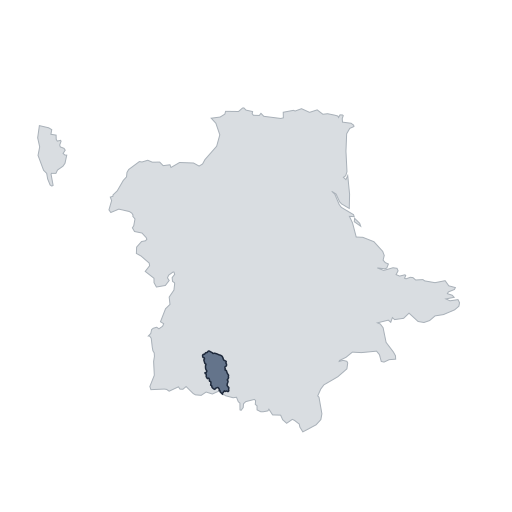 location of Meuse within France, rotated 165°
{"feature_id": "FRA-5326", "entity_name": "Meuse", "entity_type": "Metropolitan department", "adm_level": 1, "iso_a3": "FRA", "parent_name": "France", "parent_adm1": "", "projection": "orthographic", "projection_center": [5.366, 49.01], "detail": "fine", "context": "in_parent", "style": "filled", "palette": "slate", "viewbox_px": 512, "rotation_deg": 165, "n_neighbors": 0, "source": "natural_earth", "source_scale": "10m", "svg_char_len": 6421}
<svg xmlns="http://www.w3.org/2000/svg" viewBox="0 0 512 512"><g transform="rotate(165 256 256)"><path d="M380.7,206.6L377.7,208.4L375.9,211.9L374.0,212.8L370.4,212.9L368.6,210.8L364.4,212.3L362.7,214.5L365.3,217.2L357.0,228.5L351.6,231.5L350.5,238.8L344.1,244.3L341.8,250.1L341.6,251.2L343.2,253.1L342.6,256.8L339.3,259.3L339.4,261.7L340.3,262.0L345.3,260.1L347.2,257.8L346.2,254.8L351.2,251.0L360.2,251.8L361.4,256.7L360.3,260.9L367.0,269.8L361.3,274.1L361.0,276.8L367.1,285.8L370.9,289.4L369.0,295.5L362.8,299.6L358.8,299.3L357.1,300.4L357.3,302.2L360.2,307.7L367.0,311.1L368.1,315.2L366.3,316.8L363.3,323.1L364.7,326.2L364.2,327.5L364.9,329.6L366.8,331.7L376.4,336.8L385.0,335.6L386.1,338.6L381.1,346.9L381.5,350.6L378.8,350.7L378.3,352.0L373.1,354.9L364.6,363.4L360.6,365.9L359.0,370.1L356.6,372.5L344.2,377.4L341.8,376.3L335.8,376.5L331.9,373.5L324.7,371.6L322.3,367.3L315.5,366.4L315.2,363.5L305.6,366.1L292.3,362.0L287.7,357.6L283.8,358.7L280.3,362.4L265.6,372.2L259.6,382.4L260.4,394.6L263.6,400.7L254.7,399.5L249.4,401.1L247.9,403.6L235.5,400.1L230.7,402.4L229.4,402.2L227.9,399.5L221.9,396.4L222.9,394.4L222.1,392.6L216.4,390.9L214.3,392.5L212.3,388.9L196.4,382.4L193.8,382.4L192.5,387.8L182.1,387.0L180.7,385.9L173.9,386.5L167.1,380.9L159.1,381.3L154.7,375.6L150.0,374.9L143.6,371.7L140.7,370.0L140.4,368.4L138.3,370.6L135.9,369.8L135.4,369.0L137.2,366.3L137.8,362.9L129.8,359.6L127.8,357.0L127.9,355.7L132.4,355.0L136.8,350.6L142.0,333.9L146.3,313.9L148.6,310.3L151.2,309.4L149.4,306.5L146.6,309.9L149.6,291.5L153.6,277.8L159.8,284.1L161.2,286.7L162.6,295.1L166.1,298.9L163.9,295.4L162.3,284.1L161.0,280.9L151.1,270.7L151.0,268.6L155.5,270.1L154.2,263.0L154.3,248.4L148.0,246.4L138.4,239.3L132.4,227.6L132.0,223.3L134.3,219.1L132.9,216.2L130.2,214.0L132.8,210.5L134.9,210.3L141.9,213.1L136.4,209.0L126.7,209.2L123.0,207.6L122.6,204.9L125.5,201.8L122.5,199.4L117.0,199.3L116.4,198.4L118.3,196.1L117.0,195.1L112.5,195.5L110.0,194.5L108.0,191.5L100.9,190.0L99.5,188.3L90.0,183.9L79.7,183.2L77.5,177.3L71.6,173.9L73.0,172.3L79.5,171.5L80.9,170.1L76.6,167.3L75.3,164.8L83.7,165.4L80.2,162.5L72.2,161.6L71.5,158.2L73.0,155.0L78.1,152.6L90.1,150.9L98.5,151.8L105.0,148.7L111.0,148.3L116.4,150.8L123.0,161.2L129.5,157.6L138.6,158.7L140.2,161.2L143.0,157.1L144.8,159.8L156.0,160.0L153.5,158.1L151.8,153.8L152.7,138.9L148.1,127.6L147.1,123.5L147.8,120.2L154.2,121.4L159.8,120.4L162.3,121.7L162.3,128.7L164.2,132.9L179.2,135.4L187.8,138.2L195.4,134.8L202.4,133.5L203.0,132.6L199.0,132.7L195.5,130.8L195.1,128.9L197.4,123.5L208.2,118.2L223.7,114.0L227.8,110.8L232.6,104.9L231.7,103.3L233.2,86.5L235.7,81.2L241.6,77.4L256.3,74.0L257.9,79.4L257.7,82.4L261.4,87.3L263.2,88.8L269.7,86.5L272.6,90.9L273.4,95.9L281.1,98.2L283.2,104.7L284.6,103.3L289.5,103.7L291.7,104.3L294.8,107.1L293.8,111.0L295.1,112.9L293.8,116.4L294.7,117.9L303.6,118.0L306.3,116.5L307.6,112.9L310.3,110.8L311.3,111.5L309.6,118.1L310.8,119.8L311.4,124.6L314.8,125.0L321.4,128.8L327.0,135.1L333.9,134.0L339.4,137.5L345.0,135.6L350.3,137.5L352.2,139.3L357.3,148.0L361.1,146.2L363.9,147.1L364.8,149.7L374.9,147.9L376.9,150.3L379.0,151.2L392.1,154.1L392.3,157.4L385.1,167.1L382.2,180.6L380.1,185.3L379.4,188.8L380.1,191.1L379.8,194.8L378.5,203.6L379.4,206.1L380.7,206.6ZM437.3,384.4L436.8,390.0L439.0,393.8L440.5,409.6L436.7,417.4L436.3,426.7L431.5,438.0L423.1,433.5L420.6,430.9L422.6,426.6L417.8,424.5L418.8,420.4L418.2,418.4L414.8,418.3L414.6,417.3L416.9,414.0L416.8,412.0L413.6,409.7L412.9,407.6L415.8,405.0L414.4,402.9L412.7,402.4L416.5,395.0L419.2,392.7L425.5,390.4L427.9,387.6L432.2,388.8L432.8,388.1L433.7,376.7L435.1,376.4L436.5,377.9L437.3,384.4ZM152.2,263.7L151.0,266.9L147.4,260.8L147.2,257.7L152.2,263.7Z" fill="#d9dde1" stroke="#a8b0b8" stroke-width="1"/><path d="M324.2,131.4L324.4,131.6L325.6,133.8L325.7,134.1L325.7,134.5L325.6,134.9L325.6,135.2L325.8,135.5L326.3,135.7L326.2,136.0L326.0,136.5L325.9,136.8L326.0,137.1L326.5,138.4L326.6,138.6L326.8,138.8L327.1,138.9L328.8,138.8L329.4,138.5L329.9,138.1L330.4,137.9L330.9,138.2L331.7,139.2L332.2,139.9L332.4,140.4L332.5,140.9L332.5,141.4L332.4,141.8L332.4,142.2L332.7,142.6L333.1,142.8L333.2,143.0L333.1,143.4L332.5,144.6L332.4,144.9L332.3,146.0L332.3,146.4L332.6,146.7L333.2,147.0L333.3,147.5L333.1,148.3L333.0,148.6L333.0,149.5L333.1,149.9L333.3,150.2L333.6,150.3L334.5,150.1L334.8,150.4L335.3,152.2L335.3,152.6L335.2,152.9L334.9,153.7L334.8,154.2L334.7,154.7L334.9,155.1L335.0,155.2L335.3,155.5L335.5,155.6L335.5,155.8L335.5,156.1L335.5,156.3L335.4,156.5L335.1,156.5L334.5,156.3L334.2,156.4L333.5,157.1L333.4,157.4L333.3,157.6L333.3,157.9L333.3,158.1L333.4,158.3L333.7,159.1L333.8,160.1L333.7,161.0L333.3,162.7L333.2,163.0L332.7,163.7L332.5,164.1L332.4,164.5L332.7,164.9L333.0,165.2L333.2,165.6L333.3,168.4L333.3,168.9L333.1,169.4L332.4,169.9L332.3,170.6L332.3,170.9L332.5,171.1L333.3,171.6L333.5,172.0L333.5,173.2L333.5,173.3L333.2,174.0L332.8,174.4L332.3,174.6L331.1,174.5L329.8,175.5L329.4,175.6L328.6,175.4L328.2,175.5L327.0,176.3L326.4,176.5L325.8,176.3L323.3,173.9L323.1,173.6L323.0,173.4L323.0,173.2L322.8,173.0L322.4,172.9L321.6,172.9L321.1,172.8L319.1,171.6L317.3,170.1L316.2,169.5L315.3,168.7L315.0,168.4L314.8,168.0L314.6,167.7L314.5,167.3L314.4,166.1L314.2,165.9L314.3,164.8L314.1,163.9L313.2,163.0L312.4,162.3L312.3,162.2L312.2,162.0L312.1,161.7L312.3,161.2L312.7,160.7L312.8,160.4L312.7,160.0L312.6,159.7L312.5,159.3L312.5,158.9L312.7,158.2L312.9,157.8L313.1,157.5L313.4,157.4L314.2,157.2L314.4,157.1L314.5,157.0L314.7,156.8L314.8,156.6L314.9,156.3L315.0,156.0L315.0,155.6L314.9,155.1L315.0,154.7L315.2,154.4L315.3,154.3L315.3,154.1L315.3,153.9L315.2,153.6L315.0,153.4L314.4,153.2L314.3,152.9L314.2,152.5L314.2,150.9L314.1,150.5L314.0,149.8L313.4,148.1L313.4,147.8L313.5,147.5L313.7,147.1L314.0,146.4L314.0,145.5L315.0,144.4L315.6,144.0L315.8,143.8L315.8,143.5L315.7,143.2L315.6,142.9L315.5,142.7L315.4,142.4L315.5,142.2L315.6,141.8L316.3,140.7L316.8,140.1L317.3,138.8L317.4,138.4L317.3,138.1L317.1,137.5L317.0,137.3L317.0,137.1L317.0,136.9L316.9,136.8L316.6,136.6L316.5,136.4L316.3,135.6L316.4,135.4L316.6,135.1L316.9,134.7L317.0,134.1L317.0,133.9L317.0,133.6L317.0,133.4L317.1,133.1L317.2,132.9L317.4,132.6L317.7,132.4L318.0,132.3L318.4,132.4L319.1,133.1L319.3,133.2L319.6,133.2L320.6,133.1L320.8,133.2L321.0,133.3L321.1,133.5L321.3,133.8L321.5,133.9L322.0,133.6L323.2,132.5L323.7,132.3L324.1,132.0L324.2,131.4Z" fill="#64748b" stroke="#1e293b" stroke-width="1.5"/></g></svg>